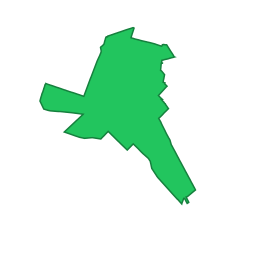 the district of Zeist, Utrecht, Netherlands, rotated 157°
{"feature_id": "6326949B68881677079374", "entity_name": "Zeist", "entity_type": "district", "adm_level": 2, "iso_a3": "NLD", "parent_name": "Netherlands", "parent_adm1": "Utrecht", "projection": "albers", "projection_center": [5.247, 52.115], "detail": "fine", "context": "isolated", "style": "filled", "palette": "green", "viewbox_px": 256, "rotation_deg": 157, "n_neighbors": 0, "source": "geoboundaries", "source_scale": "gbopen_adm2", "svg_char_len": 5170}
<svg xmlns="http://www.w3.org/2000/svg" viewBox="0 0 256 256"><g transform="rotate(157 128 128)"><path d="M172.1,135.5L165.9,133.5L165.2,133.2L164.5,133.0L157.3,128.5L156.2,129.0L155.3,129.4L153.2,130.2L150.5,131.4L147.6,132.6L146.2,129.4L145.8,128.3L145.1,126.7L143.0,121.5L142.3,119.8L141.6,118.3L141.0,116.7L137.3,108.0L129.4,111.3L128.0,108.0L126.8,105.2L125.7,102.2L124.9,100.1L124.6,99.5L124.4,98.9L121.7,93.3L121.2,92.2L121.1,91.8L120.9,90.9L120.8,90.0L120.6,89.0L120.5,88.6L120.8,87.4L121.1,85.5L121.4,84.1L121.5,83.7L121.9,81.4L121.7,80.4L121.3,78.2L120.8,75.4L120.7,74.9L120.6,74.3L120.4,73.3L120.4,73.1L120.3,72.4L120.0,71.2L119.5,69.4L119.3,69.0L119.2,68.8L119.1,68.5L118.9,67.9L118.8,67.6L118.7,67.3L118.5,66.6L116.9,62.0L115.9,59.1L114.6,55.3L114.4,54.7L112.8,50.0L110.3,42.9L110.1,42.9L109.8,42.1L109.5,40.9L108.9,39.1L108.2,37.1L107.6,37.9L106.8,38.7L104.8,40.8L104.2,41.5L103.5,41.2L103.3,39.2L103.2,37.2L103.0,35.5L102.6,35.6L101.3,35.7L101.1,35.8L101.1,36.2L101.2,37.9L101.3,38.8L101.4,40.9L101.4,41.2L101.4,41.5L101.4,41.8L100.8,41.7L100.3,41.7L100.2,41.7L99.8,41.8L99.5,41.8L98.2,42.2L94.9,43.2L92.9,43.8L92.6,43.9L90.4,44.5L90.1,44.6L90.2,46.1L90.3,47.7L90.4,47.8L90.4,48.0L90.5,49.2L90.5,49.6L90.5,49.8L90.6,50.7L90.6,51.1L90.7,51.3L90.7,51.8L90.8,52.6L91.0,54.6L91.0,55.6L91.1,56.6L91.5,60.2L91.5,61.0L91.6,61.3L91.6,61.9L91.8,63.6L91.8,64.3L91.9,64.6L92.1,66.6L92.1,67.0L92.2,68.1L92.7,73.6L92.7,73.9L92.8,74.5L92.8,75.0L93.2,78.6L93.2,79.4L93.3,80.0L93.3,80.8L93.5,82.3L93.7,85.0L94.0,88.6L94.2,90.6L94.3,91.6L94.5,94.1L94.6,94.9L94.7,95.7L94.1,100.5L94.2,101.4L94.3,102.3L94.5,103.3L94.5,103.9L94.6,105.0L94.8,106.9L94.9,108.3L95.0,110.0L95.0,110.4L95.0,111.0L95.1,112.3L95.3,115.3L95.4,116.5L95.4,117.1L95.5,118.3L95.5,120.9L95.7,122.5L96.0,124.9L93.9,125.6L92.4,126.2L91.4,126.6L90.7,126.9L88.6,127.9L85.9,128.9L84.3,129.6L83.2,130.0L84.2,134.8L84.2,135.0L84.2,135.6L84.3,135.7L84.3,135.9L84.4,136.0L84.6,136.3L84.7,136.6L84.8,136.8L84.8,137.1L84.8,137.5L84.9,137.9L85.1,138.1L85.5,139.3L85.7,140.0L85.9,140.6L86.1,141.1L85.8,141.0L85.2,140.9L85.9,142.5L86.3,143.4L87.3,146.0L76.2,151.1L75.8,151.1L75.7,151.2L76.3,152.8L76.6,153.4L76.9,154.2L76.3,155.1L77.7,156.2L77.6,156.3L77.5,156.5L77.4,156.7L77.3,157.3L75.7,159.5L75.2,160.3L73.5,162.8L73.6,163.2L73.8,163.7L73.9,164.2L74.8,167.3L75.0,167.7L75.1,167.9L75.3,168.1L75.5,168.3L72.1,174.6L70.4,174.0L71.6,174.9L70.4,177.1L70.2,177.1L69.0,176.8L68.4,176.8L67.7,176.7L66.0,176.4L65.2,176.2L63.1,175.9L62.7,176.0L61.8,175.8L61.0,175.7L60.8,175.7L60.7,175.7L59.2,175.4L58.5,175.3L58.3,175.3L57.5,175.2L57.6,175.3L57.8,176.4L57.9,177.1L57.9,177.5L58.2,179.3L58.3,179.8L58.7,181.9L59.4,186.3L59.9,189.5L60.3,189.6L61.3,190.1L61.6,190.2L61.7,190.3L62.1,190.7L62.4,190.8L62.7,191.0L62.9,191.1L63.1,191.1L63.3,191.1L63.5,191.0L63.8,191.2L64.1,190.8L64.3,190.7L64.6,190.5L64.9,190.3L65.0,190.2L65.1,190.3L65.4,190.4L68.7,193.3L69.5,194.0L70.2,194.7L70.8,195.2L71.2,195.5L72.1,196.2L72.5,196.5L74.8,198.3L76.7,199.6L77.2,200.0L77.6,200.3L80.1,202.1L81.2,202.9L81.3,202.9L81.4,203.1L81.6,203.2L82.3,203.7L82.7,204.1L83.8,205.0L86.7,207.1L88.6,208.8L89.7,209.6L90.0,209.9L87.3,213.1L86.6,213.9L83.4,217.6L83.7,218.0L83.9,218.2L84.1,218.4L87.6,218.7L88.3,218.8L89.4,218.9L91.5,219.1L97.6,219.5L99.7,219.7L99.8,219.7L100.3,219.7L102.4,219.9L105.4,220.1L106.3,220.1L106.5,220.2L107.1,220.2L110.8,220.5L111.2,219.9L111.3,219.9L111.4,220.0L112.3,220.4L112.4,220.2L112.5,220.1L112.9,220.0L113.1,219.9L113.3,219.7L113.6,219.4L113.9,219.0L114.2,218.6L114.8,217.8L115.1,217.5L115.4,217.2L116.7,215.4L117.1,214.9L117.4,214.7L117.5,214.5L118.1,214.3L118.4,214.1L119.1,213.9L120.1,213.5L120.8,213.3L121.4,213.2L121.6,213.1L121.8,212.9L121.9,212.7L122.2,211.0L122.3,210.6L122.4,210.1L122.5,209.8L122.5,209.7L122.6,209.4L122.7,209.2L122.8,209.0L123.1,208.4L124.2,207.3L124.8,206.7L125.5,206.0L125.9,205.6L126.6,205.0L126.8,204.8L127.5,204.2L130.0,201.9L130.6,201.3L140.1,191.4L142.5,188.9L142.7,188.7L142.8,188.7L153.2,177.7L156.3,174.4L160.3,178.0L161.7,179.2L163.2,180.6L165.3,182.4L166.1,183.0L167.8,184.5L168.9,185.5L170.0,186.4L170.4,186.9L171.1,187.5L171.3,187.6L172.1,188.3L172.4,188.6L173.1,189.2L174.7,190.7L176.6,192.4L177.1,192.8L178.6,194.1L179.0,194.5L180.4,195.8L182.1,197.3L183.1,198.1L183.3,198.3L183.6,198.6L184.0,198.9L185.6,200.4L185.8,200.6L186.2,201.0L186.3,200.8L186.9,200.6L187.0,200.5L187.1,200.4L187.3,200.4L187.5,200.2L187.7,199.9L187.9,199.7L188.2,199.3L188.4,199.1L188.5,198.9L189.7,197.6L190.2,197.1L190.3,196.9L190.7,196.4L191.3,195.7L191.9,195.1L192.0,194.8L192.3,194.5L192.6,194.3L193.0,193.9L193.4,193.5L193.7,193.2L193.9,193.0L194.0,192.9L194.2,192.6L194.3,192.5L194.4,192.4L194.6,192.0L194.7,191.9L195.7,190.8L197.0,189.2L198.5,187.2L198.2,180.2L198.1,178.3L197.8,178.1L194.6,175.4L193.3,174.5L192.7,174.1L189.3,172.3L186.5,170.8L183.9,169.6L182.6,168.9L175.0,164.7L174.6,164.5L173.2,163.7L168.6,161.0L165.6,159.2L163.9,158.2L164.1,158.1L165.1,157.7L165.4,157.6L166.6,157.1L167.1,157.0L167.5,156.8L171.2,155.4L172.3,155.1L173.3,154.7L188.2,149.2L184.0,145.4L179.0,140.8L177.7,139.7L176.3,138.4L173.5,136.5L172.1,135.5Z" fill="#22c55e" stroke="#15803d" stroke-width="1.5"/></g></svg>